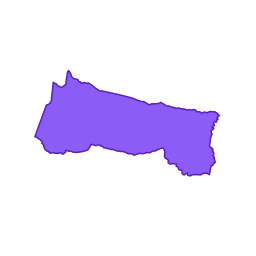 the district of Jorge Basadre, Tacna, Peru, rotated 244°
{"feature_id": "86281439B54708928525670", "entity_name": "Jorge Basadre", "entity_type": "district", "adm_level": 2, "iso_a3": "PER", "parent_name": "Peru", "parent_adm1": "Tacna", "projection": "robinson", "projection_center": [-70.838, -17.585], "detail": "fine", "context": "isolated", "style": "filled", "palette": "violet", "viewbox_px": 256, "rotation_deg": 244, "n_neighbors": 0, "source": "geoboundaries", "source_scale": "gbopen_adm2", "svg_char_len": 5752}
<svg xmlns="http://www.w3.org/2000/svg" viewBox="0 0 256 256"><g transform="rotate(244 128 128)"><path d="M161.0,40.5L160.8,40.6L160.2,41.4L159.3,42.2L158.2,42.7L157.4,43.0L156.7,43.6L155.8,44.1L155.1,44.1L154.6,44.3L154.1,44.8L153.7,45.0L153.1,44.8L152.5,44.2L152.2,43.8L149.8,44.9L149.5,44.8L149.3,44.4L149.1,44.2L147.3,44.3L145.7,43.8L144.9,44.1L143.6,44.9L142.7,45.0L141.8,46.2L141.0,46.3L140.4,46.9L139.8,46.9L139.2,47.2L139.4,48.0L138.6,49.5L138.5,50.6L137.5,51.0L137.2,51.7L135.9,54.0L135.4,55.7L135.3,56.8L134.7,57.3L133.4,57.5L133.0,58.3L133.1,58.8L133.3,59.4L133.4,60.8L133.6,61.0L133.7,61.4L134.0,61.5L135.0,61.8L135.0,62.2L134.6,62.9L132.9,64.7L132.6,66.1L130.3,68.2L129.5,69.4L128.7,71.0L128.3,72.1L127.8,73.3L127.6,74.2L127.0,75.7L126.9,76.5L126.1,79.9L126.1,81.1L125.9,81.8L125.9,82.2L126.6,83.8L127.5,84.4L127.8,85.7L128.5,86.4L129.1,86.6L129.2,86.8L129.1,87.4L129.2,87.8L129.0,88.0L129.0,88.4L128.5,88.9L128.5,89.2L127.9,89.6L127.7,90.0L127.2,90.2L126.8,90.6L126.2,91.5L125.9,93.5L125.5,94.9L124.7,95.4L124.2,95.4L123.7,95.6L123.4,96.0L122.5,97.2L120.9,97.5L120.5,97.9L120.1,99.0L119.4,99.8L118.6,100.2L118.4,100.6L118.2,101.2L117.8,101.7L116.2,103.2L115.7,104.5L114.9,105.3L114.7,105.7L113.8,106.4L112.2,108.0L109.8,111.6L109.5,112.6L108.9,113.2L108.1,114.4L107.3,114.9L106.9,115.5L106.2,115.6L105.7,116.0L105.6,116.3L105.6,116.7L104.6,117.3L104.2,117.7L104.0,118.6L103.8,119.0L103.6,119.5L103.2,119.7L102.6,120.5L101.7,121.1L101.3,121.1L101.1,121.4L100.6,122.6L100.8,124.2L100.3,125.5L100.2,127.2L100.1,127.6L99.4,128.3L99.0,129.1L98.5,129.7L98.2,131.1L97.9,132.0L97.9,133.1L97.8,133.7L97.5,134.4L96.6,135.6L96.4,136.3L96.2,137.7L96.4,138.7L96.2,140.7L95.7,141.7L95.3,143.3L95.3,143.7L95.7,144.5L95.8,144.9L95.2,146.0L95.4,146.9L95.1,149.3L94.7,150.8L93.7,151.0L91.0,150.9L89.8,150.4L88.2,149.3L87.7,149.1L86.7,148.4L86.2,148.3L84.6,148.3L83.2,149.4L82.4,149.5L81.4,150.1L80.9,150.2L80.6,150.0L79.7,149.0L79.0,149.0L77.0,150.0L76.8,150.7L76.7,152.0L76.1,152.7L75.7,153.7L75.0,154.4L74.3,155.7L74.1,155.8L73.7,155.6L72.9,154.7L72.4,154.5L71.0,155.7L70.7,155.8L68.7,155.5L68.0,155.6L66.4,157.7L65.9,157.8L63.9,156.9L63.3,156.7L62.3,157.1L61.4,157.6L61.2,158.0L61.7,160.3L61.7,161.3L61.5,161.7L61.3,161.7L60.2,161.1L59.3,161.1L58.7,161.6L58.0,162.5L57.6,163.7L57.7,165.2L57.6,166.0L57.0,167.2L56.3,168.2L56.2,169.1L55.9,169.8L55.2,170.3L54.9,171.4L54.3,172.1L54.0,172.8L54.2,174.9L54.0,175.8L54.1,176.4L54.0,176.8L53.3,178.0L53.1,178.9L50.8,180.4L50.5,180.8L51.9,181.8L53.0,182.8L54.0,183.3L57.1,185.7L57.3,186.0L57.2,186.6L57.4,187.0L57.4,187.9L57.9,188.5L58.4,188.8L58.4,189.3L58.6,189.7L58.9,189.9L58.6,190.6L58.8,190.8L58.8,191.1L58.9,191.3L59.3,191.1L59.6,191.5L59.8,191.4L60.4,191.7L61.0,191.8L61.6,191.9L62.2,192.1L62.6,192.0L63.0,192.3L63.3,192.2L63.5,192.5L63.8,192.3L64.0,192.4L64.8,192.4L65.0,192.8L65.7,192.8L66.2,192.5L66.7,193.4L67.5,194.0L68.2,194.1L68.6,194.0L68.8,194.2L69.0,194.2L69.8,193.7L70.3,193.9L70.6,194.3L71.0,194.3L71.1,194.7L71.3,194.7L71.5,194.4L71.9,195.0L72.3,194.9L72.4,194.6L72.7,194.3L73.5,194.4L73.9,194.3L74.1,193.9L74.5,193.6L75.3,193.5L75.5,193.2L76.1,193.3L77.4,194.2L77.7,194.6L78.1,194.8L79.9,196.0L80.9,196.5L82.5,197.7L84.6,199.5L85.5,200.8L86.1,200.9L86.6,200.7L87.9,201.1L88.7,201.5L89.1,201.9L89.6,202.9L89.5,204.1L90.2,204.5L90.3,204.6L90.3,205.0L90.7,204.9L90.8,204.5L91.2,204.2L91.7,204.1L92.2,204.4L92.5,204.9L92.3,205.9L92.3,206.4L92.6,206.9L92.8,207.0L93.1,206.9L93.5,207.0L94.2,206.7L95.1,207.4L95.3,207.7L95.4,208.4L95.1,209.4L94.6,209.8L94.8,210.2L94.9,210.3L95.1,210.1L95.4,210.2L95.4,210.5L95.8,211.1L96.1,211.1L96.2,211.5L96.3,211.3L96.5,211.5L96.9,212.0L97.2,212.1L97.1,212.3L97.3,212.3L97.2,212.7L97.4,212.9L97.5,212.9L97.6,212.6L97.8,212.7L98.1,212.7L98.4,213.2L98.5,213.6L99.1,213.9L99.1,214.6L99.0,215.2L99.2,215.5L99.5,215.5L99.9,215.2L100.7,215.0L101.0,214.7L102.3,214.7L102.5,214.3L102.9,214.1L103.7,213.5L104.3,213.4L105.9,210.5L106.3,210.0L106.7,209.2L106.8,208.5L107.0,208.3L107.0,208.0L106.9,207.4L107.1,206.5L107.1,205.4L107.5,205.1L108.1,204.8L108.5,204.2L108.7,203.9L109.1,202.3L109.1,202.0L108.9,201.5L109.0,201.0L109.4,200.5L111.0,199.7L111.3,199.1L112.0,198.1L112.0,197.4L112.2,197.1L114.7,196.5L115.3,196.1L115.5,195.1L115.8,194.7L116.3,193.4L116.4,192.6L116.6,192.2L117.3,191.8L117.6,191.4L117.7,190.5L118.5,189.0L120.9,186.2L121.4,185.0L123.6,182.5L124.2,181.3L124.4,180.1L126.4,178.3L127.2,176.9L129.6,174.7L129.9,174.3L130.4,172.7L136.6,168.8L136.6,167.7L136.7,167.1L136.6,166.4L136.8,165.7L137.0,165.4L137.5,163.6L138.1,162.7L138.4,162.0L138.5,161.1L139.3,160.3L139.4,159.9L139.3,159.0L139.4,158.1L139.8,157.2L140.8,156.2L142.2,155.5L144.4,154.1L144.8,153.7L145.9,151.7L149.6,148.0L152.2,145.8L154.0,143.9L160.9,135.7L172.2,121.5L172.9,120.7L173.2,120.1L173.4,119.1L174.4,118.2L175.3,117.9L178.9,115.8L182.4,114.2L183.1,113.8L183.2,113.5L183.9,113.3L185.5,112.5L185.8,112.1L185.9,111.8L185.9,110.9L186.1,110.7L186.7,110.2L187.9,108.9L188.2,107.1L188.8,106.0L188.9,105.3L189.1,105.2L190.0,105.4L190.5,105.3L191.3,104.2L191.6,104.1L193.2,104.1L193.8,103.9L194.1,103.7L194.5,103.0L196.1,100.9L197.4,100.3L198.4,100.0L199.8,99.9L200.9,100.2L202.2,100.4L203.6,100.1L205.2,100.1L205.5,99.7L205.5,99.3L205.2,98.9L205.0,98.5L204.3,97.7L203.9,97.6L203.4,97.3L203.2,97.0L202.5,96.7L201.9,96.2L201.5,96.0L200.7,95.4L200.4,95.0L199.0,94.3L198.6,93.8L197.9,93.5L196.9,92.6L196.5,92.7L195.9,92.5L195.1,91.6L194.6,91.4L194.3,90.8L194.3,89.6L193.8,88.4L193.8,87.7L193.5,86.5L194.1,85.6L195.2,85.0L195.6,84.2L196.5,83.4L198.8,83.0L201.1,81.1L201.7,80.8L187.7,71.9L187.4,71.9L187.0,72.1L186.8,72.1L186.5,71.5L185.6,70.4L185.0,69.3L184.3,68.7L184.3,68.0L184.1,67.4L184.0,66.8L184.4,65.2L184.0,64.3L161.0,40.5Z" fill="#8b5cf6" stroke="#5b21b6" stroke-width="1.5"/></g></svg>